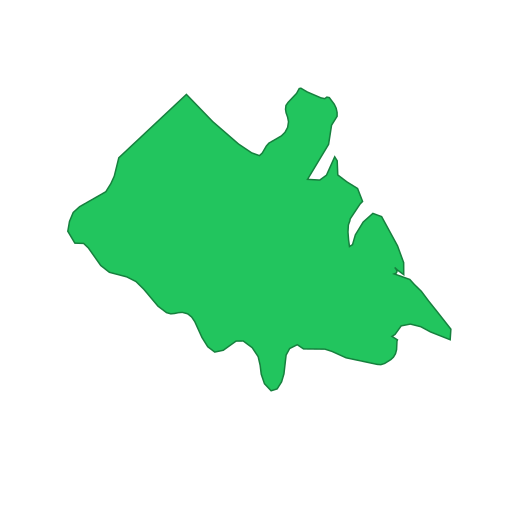 SVG path tracing the border of Thái Bình, rotated 328°
{"feature_id": "VNM-471", "entity_name": "Thái Bình", "entity_type": "Province", "adm_level": 1, "iso_a3": "VNM", "parent_name": "Vietnam", "parent_adm1": "", "projection": "equal_earth", "projection_center": [106.435, 20.492], "detail": "fine", "context": "isolated", "style": "filled", "palette": "green", "viewbox_px": 512, "rotation_deg": 328, "n_neighbors": 0, "source": "natural_earth", "source_scale": "10m", "svg_char_len": 1742}
<svg xmlns="http://www.w3.org/2000/svg" viewBox="0 0 512 512"><g transform="rotate(328 256 256)"><path d="M383.0,137.5L386.3,143.9L394.8,156.2L397.7,159.0L400.3,158.8L402.1,160.5L402.8,168.7L402.3,173.1L400.8,177.3L398.8,180.5L389.4,185.1L376.7,199.8L340.3,218.3L350.3,225.4L358.6,224.8L375.3,213.6L375.3,218.3L368.3,230.6L372.4,241.4L377.9,252.6L375.3,266.2L371.7,267.1L355.6,274.4L354.0,276.1L350.8,278.6L346.7,284.4L343.0,291.5L340.3,297.5L343.9,297.5L351.5,290.7L364.9,284.0L377.7,281.8L383.4,289.2L381.4,322.4L377.7,339.9L371.4,350.1L368.5,342.8L367.6,339.2L367.8,342.2L367.2,344.0L365.8,344.8L363.7,344.4L374.0,357.4L375.2,364.1L377.5,373.5L378.5,385.4L380.2,400.0L382.5,421.3L376.3,429.9L363.7,412.8L358.3,403.3L350.8,395.5L342.1,392.2L332.3,396.2L328.7,396.2L331.5,402.1L330.5,402.8L325.6,409.9L322.5,412.8L319.0,414.6L315.5,415.3L308.2,415.3L304.3,414.3L301.4,412.2L278.4,390.0L269.9,377.2L265.1,371.5L247.1,360.0L244.0,353.1L235.5,352.3L229.0,356.0L217.2,370.8L211.0,376.3L203.5,379.9L197.4,378.3L195.5,368.8L197.8,359.0L201.6,350.9L204.5,342.5L204.2,331.7L200.1,321.3L194.0,317.6L178.3,318.6L170.1,315.6L167.0,307.4L167.0,296.5L169.3,279.2L169.1,273.6L167.4,268.8L163.7,264.8L160.1,262.9L156.5,261.6L153.1,259.9L150.1,256.6L146.3,246.7L143.2,224.6L140.7,214.1L135.4,205.3L123.0,192.1L119.3,181.8L118.1,160.3L116.5,154.0L109.2,149.1L109.5,135.3L116.2,127.8L124.1,122.2L132.6,120.7L162.7,121.9L171.3,117.7L178.1,113.2L191.7,100.0L282.6,82.1L290.5,119.1L300.5,151.7L306.9,166.1L312.1,172.7L315.9,172.0L323.1,168.2L326.8,167.1L341.2,167.6L346.1,166.5L351.0,163.7L354.7,159.4L356.4,155.0L357.4,150.5L358.8,147.2L361.2,144.2L364.7,142.7L376.6,139.6L381.4,136.9L383.0,137.5Z" fill="#22c55e" stroke="#15803d" stroke-width="1.5"/></g></svg>